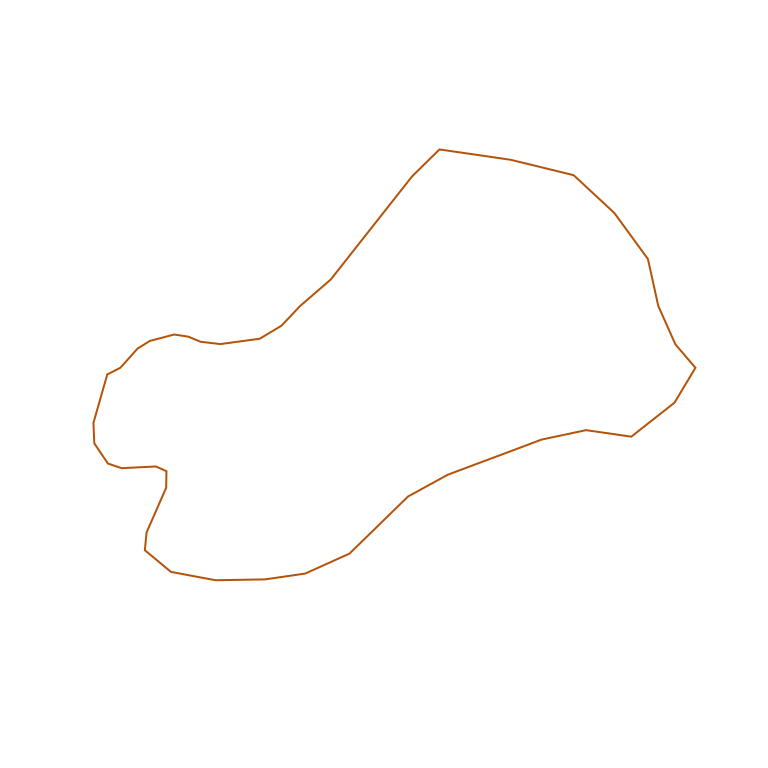 the District of Dragaš, rotated 59°
{"feature_id": "KOS-5909", "entity_name": "Dragaš", "entity_type": "District", "adm_level": 1, "iso_a3": "XKX", "parent_name": "Kosovo", "parent_adm1": "", "projection": "albers", "projection_center": [20.657, 41.99], "detail": "fine", "context": "isolated", "style": "outline", "palette": "amber", "viewbox_px": 768, "rotation_deg": 59, "n_neighbors": 0, "source": "natural_earth", "source_scale": "10m", "svg_char_len": 703}
<svg xmlns="http://www.w3.org/2000/svg" viewBox="0 0 768 768"><g transform="rotate(59 384 384)"><path d="M233.3,616.3L234.3,601.6L226.7,577.0L226.5,562.5L233.5,538.4L242.6,527.4L253.4,519.4L265.5,503.7L281.2,467.2L281.2,441.8L273.9,415.6L267.0,375.8L220.5,253.0L211.5,215.7L257.1,159.9L302.7,113.9L355.9,98.5L412.8,93.4L458.4,108.7L500.2,113.8L530.5,108.7L549.6,144.5L556.5,199.2L527.6,234.6L512.8,277.6L494.6,376.1L492.8,421.4L507.2,482.2L511.6,501.0L506.7,542.3L505.9,549.2L490.2,586.6L465.5,629.4L452.3,644.3L435.3,663.4L403.3,674.6L389.0,664.0L360.7,624.1L346.7,615.4L337.2,622.0L321.0,652.3L310.0,661.6L285.7,662.9L267.7,653.1L233.3,616.3Z" fill="none" stroke="#b45309" stroke-width="2"/></g></svg>